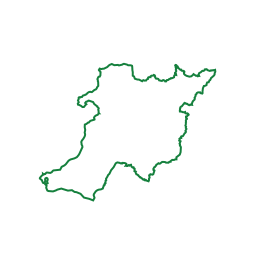 Ucayali, Loreto, Peru (Mercator projection), rotated 214°
{"feature_id": "86281439B24501043658018", "entity_name": "Ucayali", "entity_type": "district", "adm_level": 2, "iso_a3": "PER", "parent_name": "Peru", "parent_adm1": "Loreto", "projection": "mercator", "projection_center": [-75.521, -7.291], "detail": "fine", "context": "isolated", "style": "outline", "palette": "green", "viewbox_px": 256, "rotation_deg": 214, "n_neighbors": 0, "source": "geoboundaries", "source_scale": "gbopen_adm2", "svg_char_len": 5826}
<svg xmlns="http://www.w3.org/2000/svg" viewBox="0 0 256 256"><g transform="rotate(214 128 128)"><path d="M85.7,198.1L85.7,198.7L86.4,199.5L88.1,202.8L88.6,205.2L88.0,205.7L86.9,207.4L87.7,209.1L87.8,210.1L86.7,211.0L87.1,213.1L86.7,213.6L86.7,214.2L87.1,215.6L86.1,219.5L86.1,220.7L86.8,221.8L87.1,223.5L88.3,224.9L89.3,223.6L89.8,223.6L90.7,222.4L91.4,222.3L92.0,221.1L94.6,220.4L95.1,220.7L95.9,220.6L97.1,219.5L96.8,218.8L97.0,218.2L97.4,217.5L98.1,217.2L98.5,216.5L98.8,215.0L99.7,213.3L99.4,211.9L98.2,211.0L99.3,210.5L99.0,210.0L99.2,209.8L100.2,210.0L100.8,209.3L103.8,209.3L103.8,208.5L104.4,206.3L105.8,204.9L108.6,204.0L110.5,203.9L111.8,204.2L112.5,205.0L112.4,205.4L112.8,206.2L113.4,206.1L113.5,206.4L114.5,206.2L115.3,205.6L116.2,205.6L116.6,206.1L117.7,205.5L119.4,205.9L120.0,205.8L120.4,206.3L121.3,206.8L122.1,206.8L122.5,206.6L122.8,206.9L123.3,206.6L123.6,207.0L123.8,206.9L123.9,206.3L123.0,205.7L122.5,205.0L121.8,204.8L121.6,204.2L121.1,204.0L120.9,202.9L120.0,202.4L119.7,201.8L119.7,200.8L119.9,200.1L119.6,199.6L118.5,199.7L117.7,198.9L118.8,198.5L118.7,198.1L119.0,197.4L118.2,195.8L119.2,194.1L120.3,193.3L120.2,192.7L121.2,191.8L121.4,190.5L122.6,189.4L122.5,188.6L122.7,188.4L122.5,188.0L123.2,187.4L123.9,187.7L125.3,187.6L125.8,187.2L125.9,186.4L126.8,185.6L127.3,185.6L128.8,184.9L130.3,185.6L131.2,185.4L132.1,184.7L132.7,184.6L133.8,185.4L134.2,185.4L134.6,186.2L135.5,186.6L136.3,186.4L136.3,185.6L137.8,184.5L138.1,183.7L137.8,182.9L138.3,182.8L138.4,182.2L139.4,181.5L139.5,181.0L138.9,179.7L139.3,179.4L139.6,178.5L139.6,177.4L140.3,177.0L140.8,176.5L142.1,176.2L142.4,174.7L145.9,174.3L147.4,173.4L149.9,172.7L151.8,174.1L153.3,174.0L155.3,177.0L156.6,178.3L158.8,181.2L159.4,181.8L159.9,181.8L161.2,181.3L162.9,180.1L164.3,180.0L167.1,179.0L167.6,178.6L168.3,177.2L170.5,174.8L171.6,174.7L174.5,172.4L177.2,172.0L178.4,170.2L178.8,169.3L179.3,166.9L181.2,163.6L181.9,163.2L183.1,161.9L184.7,161.4L184.6,159.8L184.1,159.5L183.0,159.5L182.4,159.0L182.0,159.0L180.3,156.1L180.2,154.7L180.9,154.2L181.1,153.5L180.7,151.4L179.7,150.8L179.3,150.0L178.5,149.5L176.2,146.3L176.4,144.4L176.1,143.3L176.2,142.1L177.1,140.8L178.0,137.6L178.6,137.2L179.6,136.9L180.5,135.9L181.1,134.5L181.4,132.5L182.0,131.9L182.1,131.3L183.5,129.7L183.5,128.0L184.1,127.6L184.5,126.8L185.0,126.8L185.8,126.0L185.8,125.3L185.1,124.6L184.9,122.9L183.2,121.8L183.3,120.2L182.5,119.4L181.4,119.8L179.3,120.1L177.5,119.9L176.3,120.8L176.1,123.5L175.8,124.4L177.5,124.8L177.4,126.4L176.4,127.5L176.2,128.4L175.8,128.8L171.4,130.0L169.4,129.0L166.7,128.8L166.0,128.6L165.6,128.8L165.2,128.4L163.3,128.0L162.9,126.5L162.0,125.8L160.9,124.2L160.2,124.0L160.5,123.8L160.5,122.0L161.5,120.6L162.1,118.8L161.9,117.4L160.6,116.6L160.5,116.2L163.2,112.9L163.6,110.5L164.2,110.1L164.7,108.2L165.7,106.7L164.4,104.5L162.4,102.5L161.3,99.9L160.1,98.9L159.6,98.0L159.2,96.7L159.0,94.2L159.2,91.7L158.9,90.2L158.1,89.5L157.3,88.4L155.9,87.6L155.1,86.7L153.9,79.6L153.8,77.8L154.1,75.2L155.4,72.9L158.1,69.7L159.0,67.7L159.3,63.1L159.8,61.4L161.3,58.7L160.9,55.5L166.1,51.1L166.4,50.2L166.5,48.7L167.3,47.3L170.4,45.7L170.7,45.2L170.9,43.6L171.4,43.3L171.8,42.4L172.9,42.5L172.5,42.0L172.4,41.4L172.8,40.4L173.1,38.0L173.1,37.3L172.8,36.8L170.3,36.6L168.2,35.2L167.6,35.0L167.1,35.2L166.7,35.9L166.7,36.9L167.2,38.1L168.1,39.2L168.3,40.0L167.8,41.0L167.2,41.2L166.5,41.1L165.6,40.2L165.2,38.4L163.7,37.3L163.9,36.8L164.6,36.4L164.9,36.0L165.0,35.0L163.3,34.7L162.4,32.7L160.0,31.1L158.8,31.2L154.7,33.5L152.9,35.9L152.1,37.4L149.4,40.5L142.8,42.5L139.7,45.1L136.6,45.1L134.8,46.0L130.5,46.9L125.6,45.7L120.5,47.6L116.4,48.5L116.7,51.4L118.8,53.0L119.3,54.0L119.3,57.4L118.7,59.2L117.8,60.5L116.1,62.0L115.0,63.8L115.5,64.8L115.5,65.9L116.0,66.7L115.5,67.8L115.7,68.3L116.1,68.4L115.8,69.7L116.4,70.0L116.4,70.6L117.1,71.7L116.8,72.4L117.8,73.6L117.9,76.4L118.2,77.6L117.8,79.7L118.4,83.6L118.0,87.5L118.4,91.7L118.3,92.2L117.6,93.5L115.5,94.4L114.2,94.6L113.4,95.1L113.6,95.3L113.2,95.9L112.7,95.9L112.0,96.7L110.5,97.3L109.4,97.4L108.9,96.8L108.8,95.5L108.5,95.8L107.7,95.8L107.1,96.3L106.8,97.5L105.8,97.6L105.6,98.6L104.9,99.2L104.4,98.6L103.3,97.9L102.3,97.9L101.8,98.3L101.7,98.0L101.3,98.2L100.7,97.9L100.3,98.1L99.5,97.8L99.3,97.0L98.6,96.4L98.7,96.2L98.6,95.9L97.2,96.2L97.2,95.6L95.2,94.3L94.2,94.6L93.3,94.4L93.0,94.6L92.0,94.1L91.0,94.0L90.7,94.1L90.4,93.8L89.7,94.1L88.9,93.9L88.5,94.1L87.1,93.7L86.0,94.5L85.8,94.0L85.0,94.4L84.7,94.1L84.1,94.4L83.9,94.9L83.0,94.8L81.2,95.3L81.4,96.5L82.3,97.8L82.3,98.9L84.0,100.6L83.5,101.5L83.6,102.2L81.6,103.0L81.2,103.8L82.3,107.6L82.6,107.7L83.3,107.4L84.1,108.2L84.3,110.1L83.9,110.6L84.0,110.9L83.7,112.5L84.0,113.4L83.3,114.7L83.1,115.8L82.0,116.0L81.6,116.3L80.7,119.0L78.8,120.2L77.8,120.6L77.2,120.5L75.0,121.9L74.9,122.9L74.0,123.7L74.3,123.9L73.5,126.3L72.0,127.2L71.4,128.3L70.3,129.1L71.5,130.8L70.2,134.9L70.9,137.4L73.4,141.6L74.2,142.2L75.1,142.4L75.8,143.6L76.5,143.8L77.0,146.4L78.5,146.2L78.8,147.6L79.3,147.8L79.0,149.2L78.4,149.5L79.1,150.2L79.1,151.0L78.1,151.7L77.9,152.3L78.1,155.2L77.8,156.0L77.8,157.2L78.8,157.7L79.0,159.9L80.2,160.4L80.6,161.6L81.7,162.0L82.2,163.6L83.2,165.0L83.2,165.4L84.1,166.3L84.5,167.5L84.2,168.3L84.3,168.6L85.5,168.8L86.3,169.9L85.6,170.5L85.7,171.8L85.3,172.1L85.1,172.9L85.8,173.3L86.9,173.4L88.0,172.5L88.8,172.4L89.6,173.2L90.1,172.5L91.8,171.6L92.6,171.6L94.2,170.7L94.9,171.6L94.9,172.0L95.6,172.8L95.7,173.7L96.2,174.3L95.9,175.6L95.5,176.1L95.2,180.2L94.6,180.1L94.1,180.8L93.2,180.6L92.3,181.2L91.7,181.0L90.0,181.1L89.5,181.6L89.5,182.2L87.9,183.0L88.7,183.6L88.6,184.1L89.1,185.3L89.0,186.0L89.2,186.5L88.7,188.8L89.1,189.8L89.7,190.2L89.8,192.0L90.6,193.5L90.2,194.1L90.5,195.4L90.0,196.5L89.1,197.3L88.5,197.4L88.2,197.8L87.9,197.6L87.2,197.5L85.7,198.1Z" fill="none" stroke="#15803d" stroke-width="2"/></g></svg>